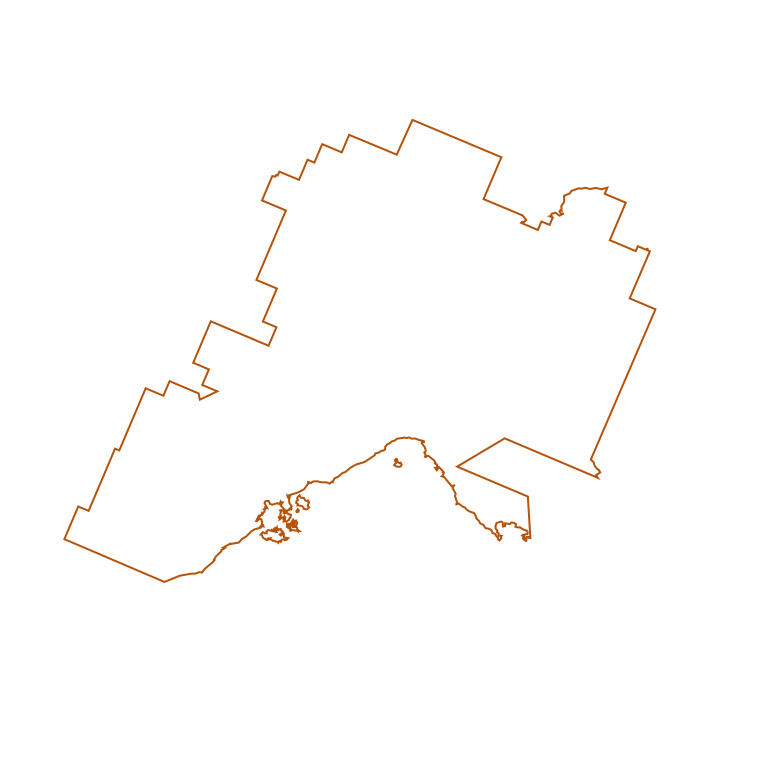 the district of Roper Gulf, Northern Territory, Australia, rotated 113°
{"feature_id": "25037944B80645640934935", "entity_name": "Roper Gulf", "entity_type": "district", "adm_level": 2, "iso_a3": "AUS", "parent_name": "Australia", "parent_adm1": "Northern Territory", "projection": "robinson", "projection_center": [136.103, -15.306], "detail": "fine", "context": "isolated", "style": "outline", "palette": "amber", "viewbox_px": 768, "rotation_deg": 113, "n_neighbors": 0, "source": "geoboundaries", "source_scale": "gbopen_adm2", "svg_char_len": 6176}
<svg xmlns="http://www.w3.org/2000/svg" viewBox="0 0 768 768"><g transform="rotate(113 384 384)"><path d="M652.0,508.8L640.3,497.1L633.9,487.3L632.1,483.3L629.6,480.8L628.6,477.8L624.3,476.8L614.8,472.0L611.3,470.9L613.3,472.0L608.2,471.3L601.7,468.4L600.3,468.9L598.4,467.1L595.7,466.0L597.3,467.0L597.7,467.7L598.0,467.7L597.8,468.2L597.1,467.1L597.1,467.8L590.2,462.5L591.4,462.9L586.6,455.6L582.2,454.2L578.1,451.2L571.5,448.6L568.4,446.4L564.4,441.4L563.9,441.1L564.6,442.1L564.1,441.7L564.0,442.2L563.0,441.7L562.2,439.2L561.1,440.3L561.5,441.6L558.8,442.2L556.4,444.1L556.9,445.9L559.7,447.3L560.0,448.1L555.7,447.9L556.0,447.1L554.7,446.7L554.5,447.3L554.3,447.4L554.2,446.4L552.8,446.6L552.3,445.6L550.8,445.8L551.4,444.9L549.5,445.0L548.5,444.1L546.1,444.6L546.1,445.4L545.2,444.5L543.0,445.8L544.1,444.8L543.9,443.1L540.2,447.5L538.1,447.3L536.8,444.5L538.9,441.9L538.8,439.8L535.3,435.5L535.7,434.6L535.0,433.4L532.7,433.2L533.9,432.2L532.8,431.9L532.5,430.9L536.1,431.8L539.7,423.5L538.0,423.6L537.3,422.2L536.0,422.3L535.8,420.6L535.1,420.3L534.5,421.7L532.7,421.1L530.6,424.5L527.4,426.4L525.2,426.7L526.0,428.1L524.8,429.0L525.1,428.2L523.5,427.9L524.1,426.8L522.9,427.1L517.1,420.5L512.1,416.4L505.9,415.1L504.5,414.0L503.7,416.4L503.7,412.7L501.3,411.0L499.6,407.3L498.9,403.3L497.0,398.4L496.9,395.1L494.0,393.6L494.2,392.8L490.2,392.7L487.1,389.9L482.0,387.3L480.0,385.1L474.0,382.1L469.0,378.2L463.5,371.5L453.4,364.8L451.2,364.8L449.2,361.9L446.8,360.6L445.2,358.2L443.7,357.5L441.3,358.3L438.4,357.6L435.5,355.0L434.1,354.7L431.6,351.8L429.4,350.8L425.2,343.9L424.9,342.0L423.4,340.1L423.6,337.6L421.9,333.6L421.9,329.9L420.9,325.2L421.9,324.5L422.9,326.3L423.9,326.1L426.0,322.0L428.2,320.1L430.0,319.3L431.3,320.1L433.0,317.9L435.0,317.8L434.8,316.8L433.7,316.6L432.9,315.0L434.6,308.5L436.2,306.0L437.2,306.1L437.4,303.8L439.2,302.8L439.0,300.8L441.9,294.5L442.7,295.0L442.9,294.2L445.2,294.1L446.4,294.7L446.2,292.1L451.7,281.7L449.2,279.2L451.1,280.5L453.2,279.9L457.4,274.6L457.1,275.1L459.3,274.9L465.1,270.0L467.1,271.0L464.9,268.6L466.3,262.6L466.0,261.2L467.2,259.2L467.9,256.0L467.6,250.7L470.4,247.0L471.7,246.5L473.0,242.9L474.7,241.1L474.9,237.3L477.0,234.3L476.2,230.6L476.8,227.6L478.7,226.0L478.7,222.9L480.5,220.7L480.5,219.3L482.3,218.5L483.0,216.8L480.2,215.7L479.2,216.8L477.9,216.4L478.6,219.5L476.7,220.1L476.4,222.0L474.6,222.3L473.7,224.5L471.7,225.7L468.0,226.1L464.9,222.5L464.8,221.3L465.8,220.1L468.7,218.8L467.4,217.0L465.0,218.1L463.7,213.4L461.7,212.5L461.0,210.2L461.4,207.7L464.0,207.3L463.6,204.2L462.8,203.0L463.5,198.7L463.2,195.0L464.3,193.8L466.2,193.4L468.5,197.2L469.5,197.6L469.4,195.2L470.8,194.4L471.3,195.8L472.2,195.5L473.2,191.1L472.5,191.9L469.1,192.7L468.4,191.3L469.0,190.5L468.6,189.1L431.4,207.6L431.5,284.4L386.9,251.7L386.8,150.5L385.1,153.2L380.9,150.4L379.1,152.9L378.8,155.0L376.8,158.4L374.1,160.4L372.8,164.1L209.2,163.3L209.2,191.3L158.0,191.1L158.0,193.7L156.8,194.0L156.8,194.9L158.0,195.4L158.0,204.2L163.3,204.2L163.4,232.3L122.6,232.3L122.7,255.1L116.0,255.1L119.8,260.0L120.7,265.5L124.0,270.5L124.6,275.2L126.7,277.9L127.9,281.4L133.0,286.9L135.9,287.4L140.4,291.8L145.8,289.3L150.9,290.3L155.1,288.2L155.1,289.6L156.9,289.7L158.0,287.7L156.9,285.1L160.5,288.3L159.3,293.0L161.6,295.9L162.5,296.4L163.7,295.5L164.8,296.9L164.8,293.7L172.8,293.7L172.9,302.6L182.1,302.6L182.1,320.7L180.7,320.1L180.2,318.5L177.5,317.2L174.7,322.2L174.9,364.6L129.4,364.6L129.8,461.0L167.9,461.9L168.3,513.4L187.3,513.4L187.4,534.6L207.4,534.6L207.4,542.0L229.3,542.0L229.4,563.3L233.6,563.3L233.6,564.8L235.6,565.1L236.3,568.1L262.7,568.0L262.6,542.1L338.1,542.1L338.0,519.9L373.8,519.9L373.8,505.2L393.9,505.2L394.0,567.9L439.0,567.9L439.0,550.9L455.9,550.9L455.9,534.6L470.4,547.4L465.1,550.9L465.2,582.5L481.0,582.5L481.1,601.7L548.6,601.7L548.6,606.3L616.2,606.3L616.2,617.6L651.7,617.6L652.0,508.8ZM559.0,427.9L560.2,427.6L559.5,425.7L560.1,424.9L560.9,427.0L562.2,425.2L562.6,426.3L561.9,427.7L562.4,428.0L561.5,428.9L562.6,428.9L562.3,430.2L563.2,430.0L563.5,433.2L565.6,434.6L567.2,433.7L568.0,435.8L567.7,437.6L570.8,438.7L570.6,437.5L572.8,435.3L573.5,431.4L571.1,430.1L571.3,428.9L570.9,429.0L570.6,428.6L571.5,428.8L571.0,428.3L571.7,425.2L570.9,420.0L571.4,419.4L569.7,419.1L569.9,416.5L569.0,417.9L567.0,417.2L566.2,414.9L566.6,414.3L564.9,412.4L564.5,413.0L563.4,412.2L564.2,416.1L562.1,417.3L562.5,419.5L563.8,419.8L563.3,421.2L561.4,420.0L561.6,418.4L560.7,417.8L559.7,419.7L558.5,419.9L559.5,420.2L558.8,422.3L557.0,422.1L558.7,422.8L558.8,425.9L557.9,426.5L559.1,426.6L559.0,427.9ZM530.3,409.3L529.7,406.1L526.9,404.7L525.8,406.7L522.1,406.8L522.2,407.5L520.9,408.2L521.9,410.0L521.7,411.4L520.3,413.0L521.1,416.1L519.4,418.2L521.9,419.3L523.4,419.2L524.4,417.8L526.1,418.8L527.8,418.4L528.2,416.4L529.2,416.2L528.7,415.8L529.2,415.3L528.4,411.9L529.2,409.8L530.3,409.3ZM543.4,417.9L540.7,418.6L541.2,421.2L540.7,421.6L540.9,423.6L540.2,423.9L542.1,425.2L541.9,425.8L541.0,425.2L540.1,427.5L540.1,429.1L541.0,430.3L541.7,429.0L544.4,428.6L546.8,426.3L546.3,424.2L544.6,424.0L545.4,422.6L546.8,422.4L546.7,423.7L547.7,423.9L548.6,422.7L549.7,422.6L548.9,421.6L549.0,420.2L546.0,418.3L544.7,418.7L543.4,417.9ZM552.8,414.8L553.9,414.5L554.1,413.2L554.9,413.6L555.7,412.8L554.5,411.7L553.0,406.9L553.6,404.2L552.9,405.4L552.4,404.4L551.8,407.0L550.1,407.9L550.2,410.0L551.4,411.9L549.4,413.5L549.2,414.3L550.3,414.8L549.1,415.6L551.0,416.3L549.8,416.7L550.5,418.6L553.6,417.5L553.7,415.1L553.1,415.5L551.9,414.5L552.7,414.1L552.8,414.8ZM448.1,343.5L449.8,344.2L451.9,342.1L454.7,343.0L455.1,340.3L454.3,337.6L453.3,336.4L451.3,336.2L449.9,338.0L450.9,338.8L450.5,341.0L448.2,342.7L448.1,343.5ZM549.8,410.4L548.9,410.8L549.5,409.3L545.8,409.7L544.1,411.6L544.8,412.0L546.1,411.0L546.8,412.1L549.6,412.2L549.8,410.4ZM544.4,414.6L547.0,414.9L548.1,414.1L545.5,412.9L544.4,414.6ZM440.3,302.8L441.2,304.2L442.8,301.7L440.4,301.3L440.3,302.8ZM532.9,414.4L535.3,415.0L536.0,414.3L534.9,412.8L533.6,413.1L532.9,414.4ZM547.8,428.6L548.3,428.2L548.0,427.0L549.1,427.0L548.1,426.3L546.4,426.8L546.5,428.2L547.1,428.6L547.5,427.7L547.8,428.6Z" fill="none" stroke="#b45309" stroke-width="2"/></g></svg>